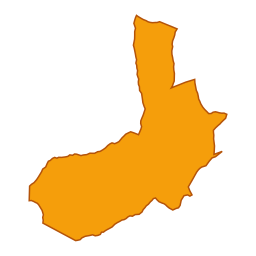 outline of Nova Esperança, Paraná, Brazil
{"feature_id": "56859067B82552276787712", "entity_name": "Nova Esperança", "entity_type": "district", "adm_level": 2, "iso_a3": "BRA", "parent_name": "Brazil", "parent_adm1": "Paraná", "projection": "equal_earth", "projection_center": [-52.244, -23.163], "detail": "fine", "context": "isolated", "style": "filled", "palette": "amber", "viewbox_px": 256, "rotation_deg": 0, "n_neighbors": 0, "source": "geoboundaries", "source_scale": "gbopen_adm2", "svg_char_len": 2728}
<svg xmlns="http://www.w3.org/2000/svg" viewBox="0 0 256 256"><path d="M29.6,186.1L29.2,200.7L31.3,200.5L33.6,201.4L35.4,202.4L37.3,203.3L38.7,204.8L42.1,210.4L43.4,214.8L42.7,217.4L43.2,220.2L42.9,223.1L75.6,240.6L77.5,240.3L80.1,239.7L82.0,237.8L85.2,236.3L87.4,235.9L89.7,235.5L92.6,234.8L95.2,235.8L97.9,235.4L100.3,234.4L101.5,232.2L103.5,232.1L105.3,230.7L107.0,229.7L109.3,228.5L112.2,226.9L114.7,224.3L117.5,222.5L119.7,221.4L121.8,220.1L124.2,219.6L126.2,218.5L127.8,217.0L129.8,215.9L132.5,216.2L135.1,214.6L139.1,214.3L142.0,212.0L143.2,209.6L144.9,207.7L146.3,205.8L148.4,204.2L150.4,201.8L151.9,200.5L153.4,198.6L155.5,198.0L157.1,199.9L159.0,201.7L161.9,203.0L164.2,203.8L165.8,205.0L167.3,206.5L169.3,208.1L172.8,210.0L176.0,208.5L178.5,207.8L180.1,205.4L181.2,200.2L184.0,195.7L187.6,194.9L189.9,196.1L192.0,194.9L189.8,190.8L188.3,186.9L193.1,178.5L196.6,172.2L198.3,169.9L199.8,168.4L201.6,167.1L206.0,165.7L209.2,161.2L212.1,157.9L215.5,156.7L222.2,151.4L214.0,154.4L214.3,149.9L214.5,145.9L213.6,138.8L213.8,135.2L213.5,132.7L213.4,130.3L215.6,127.8L218.4,125.2L219.9,124.0L221.2,122.5L223.2,120.5L225.6,118.3L226.8,114.3L224.0,113.1L221.8,113.2L219.3,112.8L217.6,112.3L215.5,111.8L213.1,112.2L211.2,113.5L208.7,113.6L207.2,112.0L204.7,109.5L202.8,107.2L200.8,103.9L199.8,101.3L198.7,99.1L198.3,96.5L197.6,93.2L196.3,90.3L194.9,82.8L194.7,79.4L185.6,82.2L171.3,87.9L172.5,85.9L173.2,83.6L174.2,81.1L174.3,77.7L174.4,73.4L173.8,70.1L173.6,66.7L174.0,63.7L173.1,60.6L172.6,57.4L171.9,54.2L171.8,50.8L172.7,46.6L172.1,44.3L172.6,40.9L173.8,37.9L174.7,35.1L175.2,32.0L177.1,28.9L159.6,21.7L157.0,22.5L155.2,22.5L152.5,22.7L150.2,22.4L148.1,21.8L146.0,20.6L143.4,19.6L141.4,18.5L138.2,16.6L136.5,15.4L135.5,17.7L134.6,20.6L133.9,23.4L135.5,28.2L134.7,31.6L134.7,35.6L134.6,39.1L134.0,42.2L133.4,45.2L134.2,48.0L135.3,53.5L135.9,57.0L136.6,59.7L135.9,63.1L136.7,65.3L136.9,68.1L137.6,70.5L137.1,74.4L137.8,76.7L138.7,79.0L138.3,81.9L138.5,84.5L139.4,86.6L139.6,90.5L141.6,93.4L142.3,98.1L142.9,102.7L144.1,106.3L145.2,108.9L144.1,112.3L143.1,115.3L141.9,118.1L140.8,120.9L140.7,123.5L141.6,126.6L140.9,129.2L139.7,132.0L138.5,134.7L133.7,132.8L130.7,131.8L128.7,132.7L125.7,134.2L124.0,136.0L122.1,137.8L120.5,139.8L119.0,141.6L116.8,142.8L114.7,143.7L112.0,142.9L110.1,143.8L107.8,145.5L105.5,147.9L103.0,149.7L100.1,151.4L97.7,151.7L94.6,153.3L92.8,153.3L89.9,153.2L86.8,154.6L83.2,155.0L81.0,155.6L79.1,155.0L76.7,154.2L74.6,154.0L72.6,155.3L69.8,154.9L67.8,156.4L65.5,156.9L61.6,157.4L58.7,157.3L56.9,158.2L54.7,157.4L52.5,158.4L50.2,160.5L48.4,161.2L47.2,163.5L45.7,167.0L42.7,169.1L41.5,171.9L38.4,177.0L36.6,179.7L34.0,182.7L31.5,184.3L29.6,186.1Z" fill="#f59e0b" stroke="#b45309" stroke-width="1.5"/></svg>